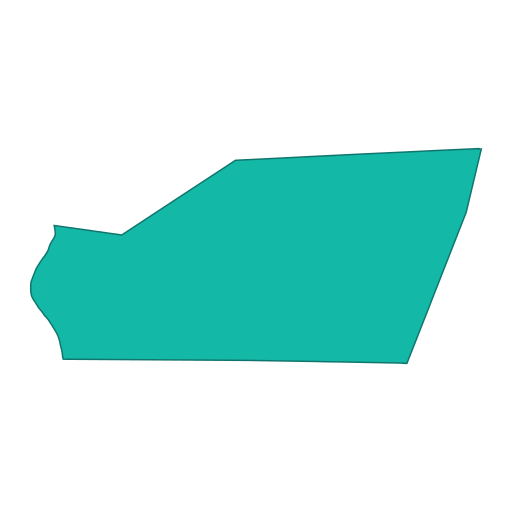 General Belgrano, La Rioja, Argentina (Albers equal-area conic projection)
{"feature_id": "61730980B43723065760012", "entity_name": "General Belgrano", "entity_type": "district", "adm_level": 2, "iso_a3": "ARG", "parent_name": "Argentina", "parent_adm1": "La Rioja", "projection": "albers", "projection_center": [-66.207, -30.562], "detail": "fine", "context": "isolated", "style": "filled", "palette": "teal", "viewbox_px": 512, "rotation_deg": 0, "n_neighbors": 0, "source": "geoboundaries", "source_scale": "gbopen_adm2", "svg_char_len": 1114}
<svg xmlns="http://www.w3.org/2000/svg" viewBox="0 0 512 512"><path d="M406.9,363.4L428.3,309.0L432.1,299.2L466.2,212.3L481.3,149.0L478.4,149.1L478.6,148.6L439.1,150.4L438.8,150.4L403.8,152.1L367.0,153.8L354.3,154.4L235.5,160.3L177.8,198.1L167.5,204.9L121.7,235.0L54.2,225.5L55.0,230.3L55.3,232.7L55.2,235.0L54.3,237.3L53.1,239.4L51.8,241.4L50.6,243.4L49.6,245.6L48.9,247.9L48.1,250.2L47.0,252.3L45.7,254.3L44.4,256.3L42.9,258.2L41.5,260.2L40.2,262.1L38.9,264.2L37.6,266.2L36.4,268.3L35.4,270.5L34.6,272.7L33.7,274.9L32.8,277.2L32.0,279.4L31.1,281.7L30.8,284.0L30.7,286.4L30.7,288.8L30.8,291.2L31.1,293.6L31.6,296.0L32.6,298.1L33.8,300.2L35.2,302.2L36.4,304.2L37.7,306.3L39.0,308.2L40.6,310.1L42.1,311.9L43.4,313.9L44.8,315.9L46.5,317.5L48.1,319.4L49.4,321.4L50.7,323.4L52.0,325.4L53.2,327.4L54.5,329.5L55.7,331.5L56.9,333.6L57.9,335.8L58.7,338.0L59.4,340.3L60.0,342.7L60.4,345.0L61.0,347.4L61.6,349.7L62.1,352.0L62.4,354.4L62.6,356.8L63.3,359.2L222.1,360.2L234.2,360.3L249.2,360.4L317.5,361.5L324.2,361.7L345.8,362.0L403.1,363.1L403.1,363.3L406.9,363.4Z" fill="#14b8a6" stroke="#0f766e" stroke-width="1.5"/></svg>